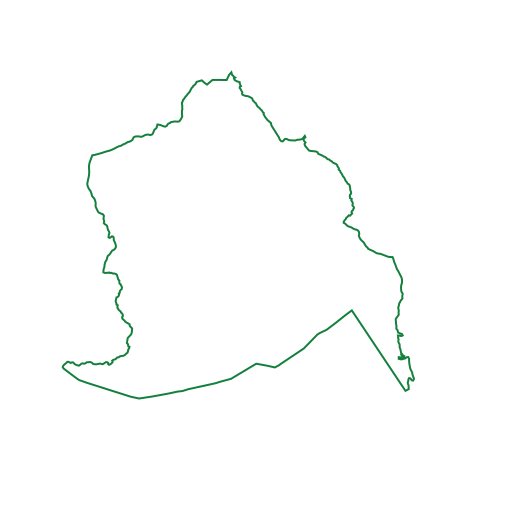 the district of Malava, Western, Kenya, rotated 106°
{"feature_id": "3690345B31807063616851", "entity_name": "Malava", "entity_type": "district", "adm_level": 2, "iso_a3": "KEN", "parent_name": "Kenya", "parent_adm1": "Western", "projection": "mercator", "projection_center": [34.832, 0.47], "detail": "fine", "context": "isolated", "style": "outline", "palette": "green", "viewbox_px": 512, "rotation_deg": 106, "n_neighbors": 0, "source": "geoboundaries", "source_scale": "gbopen_adm2", "svg_char_len": 6096}
<svg xmlns="http://www.w3.org/2000/svg" viewBox="0 0 512 512"><g transform="rotate(106 256 256)"><path d="M127.1,242.2L130.5,243.6L131.4,244.7L132.2,246.3L132.9,248.4L134.2,250.2L135.5,255.8L135.3,257.8L135.0,258.8L135.4,260.2L136.4,261.0L137.5,261.2L138.5,262.0L138.7,263.3L138.1,264.5L136.9,265.8L135.7,266.6L126.6,276.8L125.3,277.7L124.1,278.2L122.0,282.7L119.5,286.0L118.5,286.8L117.7,287.8L116.4,287.9L115.8,289.2L114.5,290.5L113.8,292.0L112.8,293.4L112.2,295.0L111.5,296.2L109.1,298.4L108.7,299.7L107.9,300.7L107.4,301.8L105.6,303.1L105.1,304.7L104.6,307.6L105.0,310.1L104.9,311.9L104.7,313.5L103.7,314.2L102.5,314.2L99.8,316.9L99.0,318.0L97.6,318.2L96.9,317.3L94.7,319.2L93.5,319.5L93.3,320.6L93.4,322.0L93.1,323.7L92.6,325.2L91.3,326.2L90.2,325.2L89.7,326.9L88.9,327.8L88.5,328.9L86.2,330.3L89.3,331.8L94.9,332.7L98.7,346.3L104.7,350.3L103.7,353.3L102.1,356.5L105.0,361.1L107.6,361.6L108.7,362.3L109.8,363.2L111.0,363.4L112.3,364.2L116.5,365.0L119.8,366.6L121.0,366.9L122.0,367.6L124.9,368.5L126.2,369.2L127.7,369.1L129.1,369.5L132.4,368.1L133.9,367.8L135.2,367.2L136.6,367.3L140.9,366.0L142.0,365.4L143.3,365.5L146.8,366.4L148.0,367.2L148.4,368.2L149.1,371.3L150.7,374.6L152.0,375.5L153.0,376.8L153.9,377.3L155.4,377.6L156.7,378.9L156.8,380.7L156.4,384.4L156.8,387.0L160.1,386.9L161.5,387.6L162.8,388.5L166.7,388.9L167.9,389.5L168.9,390.9L168.9,392.5L169.2,393.8L169.7,395.0L170.8,396.5L172.1,397.7L173.1,399.2L173.4,402.0L174.2,404.5L174.9,405.6L175.7,406.3L178.6,406.9L180.2,408.2L181.3,409.6L181.9,410.8L183.9,412.5L185.3,414.4L187.1,416.0L188.4,418.1L189.7,419.7L191.3,421.2L193.4,423.6L195.1,425.8L196.7,428.6L199.9,433.3L203.4,439.1L204.3,441.1L211.9,441.7L214.6,441.5L216.2,441.2L221.1,439.5L222.9,439.1L225.1,438.7L232.5,438.2L234.1,437.7L235.3,437.0L236.7,435.9L238.0,434.6L238.8,433.3L241.1,431.5L242.4,430.8L243.9,429.7L245.1,427.6L246.5,426.3L248.1,425.3L249.8,424.5L251.6,424.2L253.1,423.5L256.6,420.4L257.5,419.4L257.8,417.7L258.2,414.4L259.4,413.2L260.9,413.1L262.6,412.7L264.6,411.4L266.2,411.4L266.9,410.6L267.7,408.0L268.5,407.2L271.0,405.9L272.1,405.0L273.1,404.0L274.3,403.2L275.9,403.4L278.7,402.9L278.9,401.5L276.7,399.8L277.0,398.3L278.5,397.5L279.9,397.1L282.2,395.1L283.6,394.1L285.7,393.2L287.1,393.3L288.7,393.9L290.6,395.8L294.1,396.9L295.4,397.5L296.8,398.5L298.2,398.6L299.8,398.5L301.7,398.7L302.9,399.2L304.1,399.2L305.7,399.2L308.6,398.7L311.2,398.8L313.8,398.2L313.9,396.2L313.2,394.7L313.0,393.6L312.3,392.7L312.6,391.5L312.0,390.4L312.3,389.0L311.9,387.2L311.9,385.7L312.5,384.5L316.7,381.8L317.2,380.6L319.0,380.2L320.2,379.5L320.4,378.5L323.0,376.2L325.0,376.0L326.2,376.9L327.5,377.2L328.8,376.8L329.9,377.6L330.9,376.9L332.5,377.1L333.5,377.7L334.3,378.7L337.9,378.5L339.1,377.9L340.1,377.0L341.2,376.7L341.5,375.3L342.7,375.3L343.9,375.0L344.7,373.9L345.7,373.2L346.6,370.9L347.6,370.1L348.1,369.0L349.0,368.0L350.4,367.4L351.8,367.9L353.2,367.0L354.5,364.3L355.3,363.4L356.5,358.7L358.1,358.0L359.8,355.1L363.3,354.4L365.7,354.4L370.2,356.7L375.3,356.1L375.9,354.9L378.2,353.7L378.2,352.6L379.5,352.5L381.2,353.0L382.9,352.8L384.5,352.9L385.7,353.9L387.3,354.7L388.6,356.2L389.8,359.0L391.2,360.0L391.8,361.5L393.2,362.1L394.3,363.1L395.2,364.6L396.3,365.4L397.3,364.6L398.9,365.2L400.2,366.2L401.1,367.3L400.6,368.4L399.5,368.6L399.1,369.8L399.4,371.0L402.2,373.4L402.4,375.0L402.4,376.3L404.0,379.4L404.6,381.4L404.6,383.0L403.8,384.3L403.6,386.1L404.8,389.3L406.6,390.9L407.0,392.0L407.0,393.1L407.6,394.1L410.2,395.9L410.3,397.5L410.0,400.4L409.3,401.3L408.7,402.7L409.1,403.8L409.9,404.6L409.4,406.8L409.7,408.2L411.0,408.8L413.3,410.4L414.8,411.1L416.3,411.1L417.3,409.7L421.1,399.9L423.6,393.2L424.0,391.6L424.5,383.5L425.8,337.6L425.2,329.1L420.0,317.7L412.6,302.7L407.9,293.9L406.1,289.5L402.6,284.2L389.6,260.1L386.1,254.7L381.0,246.2L359.5,226.1L358.5,216.5L357.9,207.1L354.4,203.5L353.3,202.8L331.8,184.6L314.7,175.4L312.7,173.7L307.5,167.8L298.3,160.9L288.3,153.8L281.9,148.9L344.4,75.2L341.9,72.5L338.3,73.7L337.2,74.6L336.0,75.2L334.1,75.2L332.5,75.5L331.2,75.2L331.1,73.9L332.6,71.9L332.4,70.6L330.5,70.3L326.2,73.3L325.2,73.6L321.7,76.7L317.3,78.9L315.3,79.7L312.6,80.5L311.2,81.8L311.7,83.2L313.4,84.5L315.2,87.4L315.5,89.0L315.5,90.5L313.9,90.9L313.5,88.3L312.8,87.2L312.6,85.9L311.4,85.8L311.0,87.1L311.5,88.1L310.9,89.2L309.9,88.7L309.2,89.8L306.2,91.3L303.9,92.9L302.5,93.2L301.2,93.7L300.1,94.9L299.1,95.6L296.5,96.1L295.5,96.9L294.4,97.0L293.3,97.6L292.9,95.9L292.9,94.2L291.9,93.1L290.7,94.3L290.7,96.1L290.4,98.3L288.4,99.4L287.6,100.6L286.7,101.3L285.0,101.5L282.4,102.8L280.2,103.5L278.8,104.1L277.7,104.3L274.9,103.2L273.0,102.6L271.4,103.3L269.6,103.6L267.9,104.3L266.7,105.0L265.4,105.1L264.0,105.0L262.9,105.2L261.8,105.2L258.2,104.3L256.7,103.5L254.4,104.3L251.8,104.6L250.8,105.8L249.7,106.7L246.4,107.9L243.7,108.4L242.0,108.2L240.2,108.6L238.5,109.1L236.6,110.2L230.9,115.5L229.8,116.9L226.0,119.6L224.2,121.1L220.5,123.5L219.4,124.4L220.2,127.7L220.3,129.1L219.6,136.7L220.0,139.4L220.0,141.1L219.0,144.7L218.2,150.1L217.1,151.2L216.6,152.5L215.5,153.9L213.5,155.9L211.4,159.7L210.3,161.1L209.1,162.1L207.9,162.8L206.9,162.7L205.7,163.1L204.6,163.6L203.6,164.6L203.0,166.3L203.1,167.8L203.0,169.7L202.5,171.1L202.2,172.6L202.0,176.0L200.2,179.5L199.9,180.9L198.8,181.1L197.3,180.7L196.0,180.0L194.3,179.7L192.8,178.6L191.4,178.1L191.4,176.8L188.6,175.3L187.5,176.3L186.3,176.2L185.3,175.4L184.0,175.4L182.8,175.0L181.6,175.9L180.9,177.2L179.8,177.4L178.5,177.5L177.2,178.6L176.3,179.7L174.8,179.7L174.5,181.5L172.9,182.2L171.3,182.6L170.4,182.0L169.2,181.9L167.8,182.6L166.6,183.6L165.5,183.9L162.5,185.3L161.6,186.1L161.2,187.8L159.8,189.3L159.0,190.6L156.3,192.9L155.6,194.2L153.1,196.5L152.4,197.6L150.9,198.7L150.2,200.3L149.2,200.4L148.3,201.1L147.5,202.3L146.2,203.0L145.5,204.4L145.1,207.6L144.1,209.4L143.7,211.2L143.0,212.5L143.2,213.8L142.3,215.5L141.7,216.9L141.7,218.3L141.2,219.7L140.6,224.4L139.3,225.4L139.0,227.2L140.0,232.9L139.9,234.3L136.6,239.1L135.0,240.2L133.2,239.7L132.5,241.1L131.6,242.0L130.6,242.5L128.1,241.3L127.1,242.2Z" fill="none" stroke="#15803d" stroke-width="2"/></g></svg>